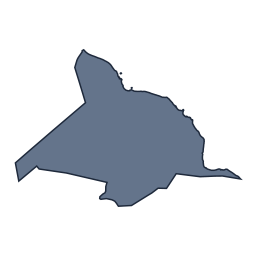 outline of East-Central, Guadalcanal, Solomon Islands
{"feature_id": "97153195B72128513413491", "entity_name": "East-Central", "entity_type": "district", "adm_level": 2, "iso_a3": "SLB", "parent_name": "Solomon Islands", "parent_adm1": "Guadalcanal", "projection": "albers", "projection_center": [160.571, -9.616], "detail": "fine", "context": "isolated", "style": "filled", "palette": "slate", "viewbox_px": 256, "rotation_deg": 0, "n_neighbors": 0, "source": "geoboundaries", "source_scale": "gbopen_adm2", "svg_char_len": 5397}
<svg xmlns="http://www.w3.org/2000/svg" viewBox="0 0 256 256"><path d="M240.6,179.0L239.9,178.3L239.4,177.7L238.9,177.1L238.6,176.8L238.3,176.6L237.9,176.3L237.7,176.1L236.8,175.8L236.4,175.6L235.8,175.4L234.3,174.2L234.2,174.1L233.7,173.8L233.4,173.7L233.1,173.3L231.3,172.1L230.3,171.5L229.6,171.1L229.3,170.9L228.3,170.2L227.7,169.7L227.3,169.4L227.0,169.3L226.1,169.2L225.9,169.2L225.6,169.3L225.4,169.4L224.8,169.7L224.6,169.8L224.2,169.9L223.7,169.9L223.3,170.0L222.9,170.0L222.6,169.9L222.2,169.7L221.9,169.7L221.5,169.7L221.1,169.8L220.9,169.9L220.8,169.7L220.6,169.6L220.6,169.4L219.5,169.0L219.1,169.0L218.7,169.0L217.4,169.4L216.8,169.6L216.1,169.9L215.0,170.1L214.2,170.3L213.6,170.3L213.0,170.3L212.9,170.3L211.4,170.3L211.0,170.2L209.5,169.7L209.2,169.6L208.9,169.5L208.3,169.3L207.8,169.2L206.9,168.7L206.3,168.0L206.0,167.9L205.9,167.9L205.9,168.1L205.7,168.0L205.5,167.8L205.5,167.7L205.4,167.6L205.0,167.5L204.9,167.5L204.4,167.2L204.0,166.6L203.8,166.2L203.7,165.8L203.5,165.0L203.4,163.9L203.3,163.1L203.2,162.4L203.3,161.6L203.3,161.2L203.2,160.9L202.9,160.5L202.7,159.9L202.6,159.4L202.4,159.2L202.5,158.3L202.4,157.4L202.5,155.6L202.7,154.8L202.7,154.3L202.6,153.9L202.2,153.3L202.3,153.0L202.4,152.7L202.5,152.6L202.9,152.3L203.0,152.1L203.1,151.6L203.1,151.3L203.2,150.0L203.3,148.6L203.4,148.1L203.5,147.2L203.6,146.7L203.6,146.1L203.7,145.4L203.8,144.3L203.8,144.1L204.0,143.5L204.0,143.1L204.0,142.9L204.0,142.6L204.2,141.3L204.2,141.2L204.1,140.4L204.0,140.0L204.1,139.7L204.0,139.4L204.0,139.2L203.7,138.9L203.4,138.6L203.3,138.3L203.2,138.1L202.8,137.7L201.9,137.1L201.4,136.7L200.7,136.0L200.3,135.5L199.9,134.8L199.5,134.1L199.3,133.5L198.9,132.3L198.7,132.0L198.4,131.7L198.2,131.4L197.9,131.0L197.2,130.7L196.7,130.1L196.3,129.6L195.5,128.5L194.8,127.7L194.7,127.5L194.5,127.0L194.1,126.6L194.0,126.3L193.5,125.3L192.8,124.0L192.6,123.6L192.5,123.1L192.5,122.8L192.6,120.7L192.7,120.2L192.5,119.8L192.2,119.7L192.0,119.8L192.0,120.0L191.8,119.9L191.6,119.8L191.4,119.5L191.1,119.0L190.8,118.8L190.6,118.7L190.4,118.2L190.5,117.9L190.4,117.7L190.0,117.5L189.9,117.5L189.6,117.3L189.2,117.3L188.7,117.4L188.4,117.3L188.0,117.1L187.4,116.7L187.0,116.5L186.8,116.3L186.4,116.3L186.0,116.5L185.9,116.6L186.0,116.8L185.9,116.8L185.3,116.5L185.2,116.4L184.4,115.8L184.4,115.6L183.7,115.1L183.5,114.9L183.3,114.7L183.2,114.5L183.0,113.8L182.9,113.4L182.9,113.2L183.0,112.1L183.3,111.0L183.5,110.5L183.7,110.2L183.4,109.6L183.1,109.6L182.8,109.9L182.7,110.2L182.5,110.4L182.3,110.6L181.9,110.7L181.7,110.7L181.3,110.6L180.5,110.4L179.9,110.3L179.3,110.3L179.0,110.2L178.2,109.7L177.9,109.5L177.8,109.3L177.5,109.1L176.9,108.3L176.4,107.3L175.8,106.1L175.7,106.1L175.5,106.5L175.4,106.6L175.2,106.3L175.3,106.1L175.2,105.9L175.1,105.7L174.9,105.6L174.5,105.4L174.0,105.0L173.6,104.6L172.8,103.6L172.5,103.1L172.4,102.7L172.0,102.4L171.5,101.9L171.3,101.6L170.7,101.0L170.0,100.3L169.5,99.5L169.3,99.2L169.1,99.1L168.7,98.9L168.3,98.5L167.4,97.7L167.0,97.4L166.6,97.3L166.1,97.3L165.4,97.4L164.6,97.4L164.0,97.3L162.5,97.3L161.0,96.7L159.9,96.2L158.5,95.7L157.3,95.4L156.3,95.0L155.4,94.8L153.6,94.2L152.9,94.0L152.3,93.8L151.3,93.5L149.4,92.7L148.3,92.4L145.2,91.5L144.2,91.4L143.4,91.4L143.2,91.5L142.8,91.5L142.4,91.5L141.9,91.5L141.4,91.3L140.3,91.3L139.8,91.4L138.8,91.4L138.5,91.4L137.7,91.4L136.9,91.4L136.1,91.3L135.3,91.3L134.8,91.2L134.4,91.2L134.1,91.1L131.5,89.8L131.2,89.8L130.7,90.0L130.1,90.3L129.8,90.4L129.7,90.4L129.7,90.7L128.9,90.8L128.5,90.8L128.0,90.8L127.2,90.5L126.7,90.4L126.0,90.2L124.9,89.3L124.3,88.8L123.8,88.2L123.3,87.2L123.2,86.8L123.0,86.6L122.9,86.2L123.0,86.0L123.1,85.9L123.1,85.7L122.9,85.2L122.7,85.0L122.3,84.5L122.0,83.9L121.8,83.6L121.5,82.3L121.4,81.9L121.4,81.4L121.3,80.9L121.3,80.5L121.5,80.3L121.7,80.2L121.8,79.9L121.9,79.7L121.8,79.4L121.4,79.0L121.2,78.8L120.8,79.0L120.6,79.0L120.6,78.7L120.4,78.5L120.1,78.5L119.9,78.7L119.7,78.8L119.4,78.7L119.4,78.4L119.5,78.3L119.5,77.8L119.4,77.7L119.2,77.5L118.8,77.4L118.8,77.0L118.9,76.9L118.9,76.6L118.7,76.5L118.3,76.5L118.2,76.3L118.0,76.1L117.8,75.5L117.7,74.7L117.7,74.4L117.4,73.5L117.0,72.8L116.8,72.3L116.6,71.7L116.5,71.4L116.3,71.3L115.4,70.7L115.0,70.6L114.6,70.3L114.3,70.0L113.4,68.7L113.1,68.3L112.7,67.8L112.4,67.3L112.2,67.1L111.8,66.4L110.6,64.7L109.9,64.0L109.2,63.4L108.4,62.7L107.7,62.3L106.0,61.3L105.3,61.0L104.6,60.6L103.9,60.2L103.3,59.9L102.8,59.6L101.7,59.2L100.0,58.5L98.3,58.0L95.9,57.0L95.1,56.7L94.9,56.6L94.1,56.3L91.8,55.5L89.7,54.6L89.0,54.3L87.8,53.6L87.3,53.2L86.3,52.5L84.8,51.0L83.9,50.0L83.7,49.8L82.2,50.6L82.1,52.0L79.6,55.6L78.2,57.7L77.9,58.3L77.5,59.0L76.9,60.4L74.8,67.5L78.9,80.8L82.6,93.0L85.5,102.7L70.7,115.3L53.3,130.1L28.9,151.1L15.4,162.9L18.8,181.1L36.7,166.1L39.1,169.0L66.4,173.0L107.0,182.4L105.8,186.6L105.7,191.2L104.9,192.9L102.9,194.0L99.9,196.7L99.7,198.6L100.9,199.3L102.2,199.1L106.4,198.6L112.0,199.8L114.8,201.2L116.4,203.2L118.4,206.2L131.5,205.5L148.1,195.2L151.8,193.0L158.1,188.2L166.5,188.4L176.2,173.7L200.1,176.7L207.8,176.4L212.2,176.2L214.5,176.1L222.5,176.0L240.6,179.0ZM121.4,73.3L121.3,73.2L121.2,73.0L121.0,72.9L120.9,73.0L120.6,73.1L120.4,73.2L120.3,73.4L120.4,73.6L120.6,73.8L120.8,73.8L121.1,73.7L121.3,73.4L121.4,73.3ZM132.1,87.8L132.0,87.6L131.8,87.6L131.6,87.6L131.4,87.7L131.3,87.9L131.4,88.2L131.6,88.3L131.8,88.3L132.0,88.1L132.1,87.8Z" fill="#64748b" stroke="#1e293b" stroke-width="1.5"/></svg>